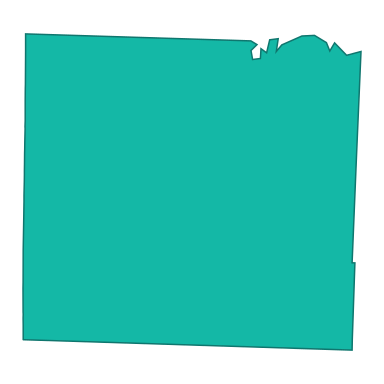 outline of Vernon, Missouri, United States of America
{"feature_id": "52423323B19067451424478", "entity_name": "Vernon", "entity_type": "district", "adm_level": 2, "iso_a3": "USA", "parent_name": "United States of America", "parent_adm1": "Missouri", "projection": "natural_earth1", "projection_center": [-94.432, 37.85], "detail": "fine", "context": "isolated", "style": "filled", "palette": "teal", "viewbox_px": 384, "rotation_deg": 0, "n_neighbors": 0, "source": "geoboundaries", "source_scale": "gbopen_adm2", "svg_char_len": 758}
<svg xmlns="http://www.w3.org/2000/svg" viewBox="0 0 384 384"><path d="M25.6,51.2L25.6,51.3L25.4,84.7L25.3,88.2L25.2,100.9L25.2,115.5L25.2,116.7L25.2,120.9L25.1,123.6L25.0,126.7L25.1,128.6L24.8,142.3L24.7,149.5L24.6,152.9L24.5,164.2L24.4,170.6L24.4,175.0L24.3,182.0L24.1,190.7L24.0,195.4L24.0,201.3L23.8,214.9L23.2,249.8L23.1,282.4L23.0,288.1L23.1,312.1L23.2,314.0L23.2,314.8L23.1,318.1L23.2,325.0L23.2,339.6L23.3,339.7L352.1,350.1L352.3,339.2L354.9,262.9L352.1,262.8L356.6,153.5L361.0,51.5L346.6,55.3L334.6,42.9L329.8,51.0L326.4,42.6L314.5,35.4L301.9,36.0L281.8,44.9L276.3,51.5L278.2,38.7L269.7,39.8L266.6,52.8L261.0,48.7L260.4,58.5L252.6,59.5L251.0,50.5L257.0,44.6L250.9,40.9L25.6,33.9L25.6,51.2Z" fill="#14b8a6" stroke="#0f766e" stroke-width="1.5"/></svg>